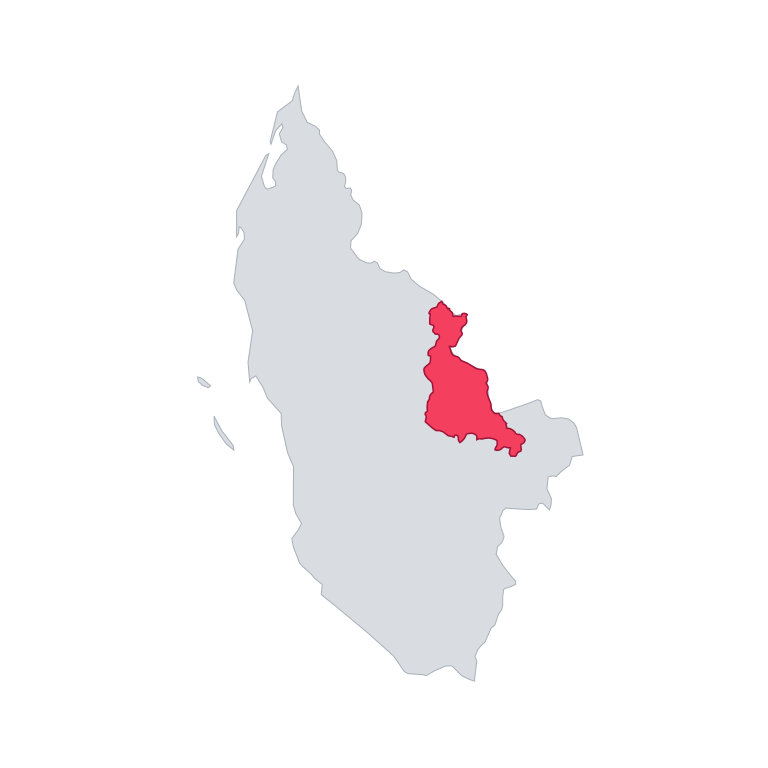 location of El Paraíso within Honduras, rotated 259°
{"feature_id": "HND-662", "entity_name": "El Paraíso", "entity_type": "Department", "adm_level": 1, "iso_a3": "HND", "parent_name": "Honduras", "parent_adm1": "", "projection": "orthographic", "projection_center": [-86.385, 13.965], "detail": "fine", "context": "in_parent", "style": "filled", "palette": "rose", "viewbox_px": 768, "rotation_deg": 259, "n_neighbors": 0, "source": "natural_earth", "source_scale": "10m", "svg_char_len": 6222}
<svg xmlns="http://www.w3.org/2000/svg" viewBox="0 0 768 768"><g transform="rotate(259 384 384)"><path d="M692.9,356.5L667.3,355.3L655.3,358.7L650.1,365.9L645.5,369.1L641.7,368.4L634.1,371.3L622.6,377.8L612.2,380.3L602.9,378.9L600.2,380.5L599.5,382.6L598.1,384.6L594.5,385.7L590.3,385.2L585.6,383.0L583.2,384.0L583.0,388.1L580.5,389.3L575.7,387.4L570.3,388.9L564.4,393.9L556.0,395.0L545.2,392.3L536.8,386.9L530.9,379.0L523.8,377.1L511.4,383.1L506.2,390.0L505.1,394.2L506.4,398.0L504.1,400.6L498.3,401.9L494.0,406.6L491.0,414.7L490.4,420.9L492.3,425.3L489.4,428.6L481.8,430.7L472.9,437.7L462.7,449.6L452.4,457.9L442.2,462.7L437.3,467.9L437.7,473.6L437.1,475.4L435.1,476.1L431.8,476.9L412.1,464.5L406.4,455.8L401.5,457.1L395.3,461.5L386.7,471.3L377.3,484.7L372.8,486.1L349.4,484.1L337.1,485.3L334.6,487.1L333.4,492.0L334.1,498.5L337.5,522.0L339.3,531.7L337.5,534.6L331.2,535.1L323.0,536.5L318.5,540.9L317.5,545.4L317.0,551.8L314.4,558.4L309.3,563.1L304.3,564.7L276.4,565.9L276.9,555.0L268.9,550.6L264.4,541.5L260.4,535.4L261.7,531.7L261.4,527.4L250.0,523.9L239.4,526.5L233.3,524.8L228.8,522.4L236.6,517.1L237.1,513.8L234.7,511.5L232.1,509.9L232.9,503.8L234.5,496.6L238.9,479.9L237.4,477.0L230.3,471.9L221.3,471.3L211.4,472.8L206.7,470.2L202.6,464.4L195.5,461.6L183.0,466.1L169.7,472.9L165.6,475.4L162.3,475.1L160.8,469.9L160.2,463.7L159.4,462.2L152.4,459.9L144.2,458.3L140.0,456.5L136.1,452.4L126.3,446.9L124.1,442.8L111.0,433.5L108.4,428.9L105.4,425.6L99.2,421.3L94.2,422.2L77.6,416.8L75.1,416.3L77.5,411.7L82.8,404.6L94.4,396.8L95.4,390.4L92.6,378.1L89.7,370.1L91.3,366.6L95.1,352.3L97.9,349.0L114.5,341.9L116.0,340.9L129.1,330.9L143.7,319.8L158.8,307.5L175.7,293.7L185.0,285.7L189.3,282.2L198.9,285.2L206.5,278.7L210.9,276.5L221.2,268.7L224.4,267.0L241.6,263.9L249.9,264.0L257.1,272.0L262.8,276.4L273.6,272.7L282.7,271.9L320.2,279.4L335.1,276.2L362.5,275.5L374.8,277.4L392.2,266.9L403.3,264.7L416.4,259.8L414.7,254.8L411.5,252.5L431.5,254.7L461.2,265.2L492.9,263.2L504.3,257.3L511.7,255.7L544.2,266.4L552.8,274.7L559.5,275.5L564.7,273.5L566.0,271.8L559.7,270.0L556.7,267.4L582.3,272.4L630.9,311.6L632.0,314.8L611.3,303.3L600.4,304.3L597.6,306.2L598.3,312.6L599.3,315.6L604.0,315.9L607.4,314.1L615.9,316.2L621.6,320.4L628.5,326.8L632.7,333.9L637.1,333.9L641.4,329.6L649.6,329.0L655.0,333.7L658.8,333.4L653.4,326.0L640.9,318.8L643.8,318.5L671.5,331.4L679.5,347.9L686.1,351.5L692.9,356.5ZM368.5,216.1L352.7,224.1L347.7,224.0L355.0,217.8L366.7,212.5L376.6,209.8L384.8,211.0L368.5,216.1ZM422.8,207.5L415.2,213.5L413.9,210.8L417.5,205.3L422.0,202.1L426.4,202.4L425.4,204.8L422.8,207.5Z" fill="#d9dde1" stroke="#a8b0b8" stroke-width="1"/><path d="M454.1,456.5L453.2,456.7L451.0,457.4L450.1,458.8L449.1,459.8L445.6,460.9L446.0,462.0L445.7,462.1L445.4,462.1L445.2,462.2L445.3,462.7L444.7,462.7L443.8,462.5L441.8,464.2L440.5,464.8L438.7,464.7L437.7,464.5L437.2,465.1L437.1,467.3L436.1,470.4L435.7,472.4L436.1,473.3L437.6,473.8L438.2,474.9L438.0,476.5L437.1,478.2L436.5,478.8L436.2,479.0L436.0,478.9L434.6,477.4L432.6,477.3L430.3,477.4L428.1,476.6L426.5,474.7L425.5,472.5L424.3,470.8L422.1,469.8L420.7,469.9L419.8,470.3L418.9,470.5L417.5,470.0L416.9,469.4L414.7,466.5L407.6,461.4L407.3,458.6L408.4,456.4L408.4,455.3L400.8,456.4L399.4,457.1L398.3,458.2L397.8,459.0L397.4,460.0L396.7,461.4L395.5,462.6L394.3,463.2L393.1,463.7L392.1,464.4L388.6,469.8L382.1,476.9L380.5,479.4L379.7,482.4L379.1,484.0L378.0,485.3L376.5,486.0L374.6,486.5L369.5,486.8L368.8,486.7L367.8,486.4L367.2,486.0L365.7,484.4L364.2,484.6L362.8,485.3L361.4,485.7L359.6,485.2L356.3,483.4L352.4,483.6L344.2,485.2L339.8,484.6L337.7,484.8L335.5,486.0L334.3,486.8L333.8,487.2L333.7,487.8L333.4,489.2L333.3,491.0L331.8,491.7L331.0,491.8L330.3,492.4L329.5,493.7L328.9,493.8L328.1,493.8L326.4,494.0L325.6,494.3L321.7,496.8L321.3,496.0L318.3,496.3L317.8,496.1L317.2,495.9L316.9,496.2L316.6,498.1L316.2,499.1L315.4,500.2L313.8,501.9L312.7,502.8L311.9,503.3L310.5,503.7L309.4,504.8L309.0,505.6L308.8,507.2L306.5,509.8L303.4,511.5L302.7,511.8L301.5,511.6L299.7,510.2L298.9,508.3L298.8,507.3L298.0,506.6L293.4,506.3L292.0,505.5L291.7,504.2L291.3,502.3L290.6,501.7L289.8,500.8L288.7,500.4L288.0,499.1L289.0,494.7L292.2,493.7L297.0,495.8L297.4,495.9L297.4,495.4L297.7,493.6L298.5,492.0L299.3,490.9L299.3,489.3L298.2,487.2L297.6,486.4L297.3,485.3L297.2,483.8L297.3,482.4L297.5,481.6L297.7,481.2L298.3,480.4L299.8,481.1L302.1,483.1L302.9,483.6L305.3,484.0L306.9,484.0L307.4,483.6L309.1,481.4L311.0,476.8L311.4,472.0L311.3,470.0L311.5,468.7L312.0,467.7L312.1,466.8L312.0,466.0L311.6,464.5L315.1,465.2L316.7,464.3L317.8,463.1L318.9,461.0L319.3,456.9L319.1,455.8L318.8,455.1L318.1,454.7L315.3,452.6L312.7,449.1L312.1,447.2L314.3,446.4L315.6,446.4L317.2,446.7L319.3,446.4L320.4,444.3L320.3,443.9L319.9,443.5L319.3,443.1L318.5,442.9L318.4,442.5L318.6,442.0L319.7,440.5L320.9,437.2L325.8,432.9L327.7,429.5L328.4,426.1L331.7,423.0L339.1,417.3L343.4,419.1L344.0,419.2L345.0,419.1L345.3,418.9L345.6,418.8L346.7,418.6L347.0,418.7L347.5,418.9L348.5,420.1L349.0,421.2L349.3,421.6L349.8,421.7L350.5,421.6L352.6,421.8L358.2,423.4L360.2,425.4L360.6,425.7L362.9,426.3L364.8,427.7L365.2,428.2L365.7,428.9L366.3,430.3L366.8,430.7L367.7,431.0L375.0,431.5L376.2,431.3L376.9,431.0L379.2,429.6L380.1,428.7L380.6,428.3L381.2,428.1L381.7,427.9L382.8,427.2L384.3,426.5L386.2,425.9L387.2,425.8L389.8,425.8L391.1,426.1L391.9,426.6L392.8,427.6L395.5,432.5L396.2,433.3L399.1,434.3L401.6,434.9L402.4,434.9L402.8,434.5L403.2,433.6L403.4,433.2L403.8,433.0L404.2,432.8L404.6,432.9L406.4,433.3L407.5,433.8L408.5,434.7L409.7,436.8L410.3,438.1L410.7,439.5L410.9,440.5L411.4,441.3L412.1,441.9L416.0,443.7L418.0,446.3L419.1,447.3L419.8,447.4L421.2,447.3L421.9,447.1L422.4,446.7L422.7,446.3L422.8,445.8L422.9,444.7L423.0,444.3L423.3,443.9L423.6,443.6L424.7,443.1L425.1,442.8L425.5,442.4L425.9,442.2L426.7,442.1L427.7,442.2L429.0,443.1L430.0,443.7L431.3,443.9L432.0,443.7L432.4,443.3L433.6,441.0L434.0,440.5L434.6,440.4L439.4,441.4L443.2,442.6L443.8,442.7L444.2,442.6L444.3,441.8L444.8,441.7L445.7,442.0L447.2,443.3L448.2,444.4L448.8,445.7L449.2,447.8L449.2,449.0L449.4,450.0L449.8,450.8L450.8,451.6L451.6,452.1L452.4,452.7L452.8,453.1L454.1,456.5L454.1,456.5Z" fill="#f43f5e" stroke="#9f1239" stroke-width="1.5"/></g></svg>